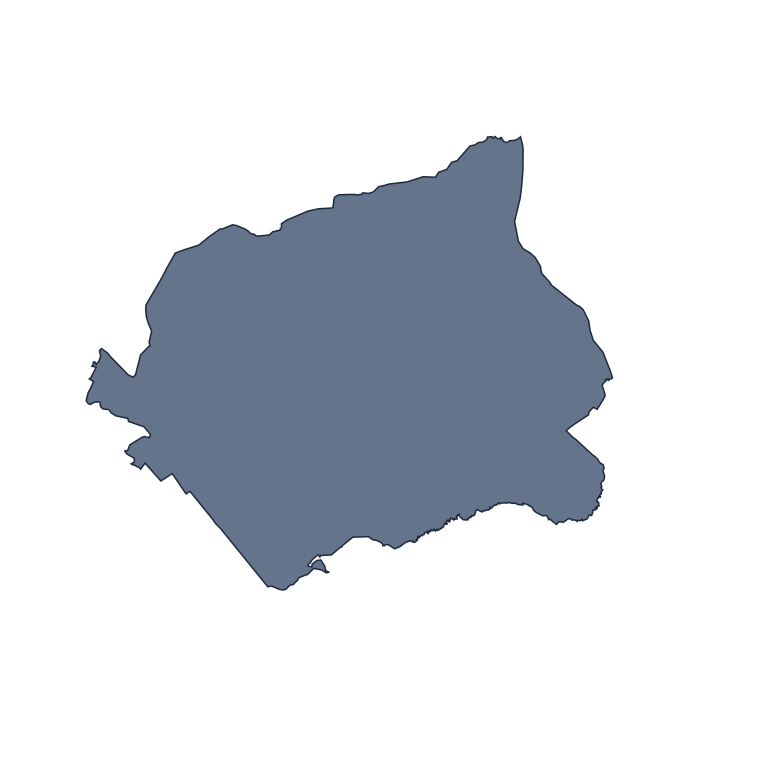 the district of Gaiķu pag., Brocenu, Latvia, rotated 55°
{"feature_id": "27541924B40393158953955", "entity_name": "Gaiķu pag.", "entity_type": "district", "adm_level": 2, "iso_a3": "LVA", "parent_name": "Latvia", "parent_adm1": "Brocenu", "projection": "mercator", "projection_center": [22.579, 56.793], "detail": "fine", "context": "isolated", "style": "filled", "palette": "slate", "viewbox_px": 768, "rotation_deg": 55, "n_neighbors": 0, "source": "geoboundaries", "source_scale": "gbopen_adm2", "svg_char_len": 6170}
<svg xmlns="http://www.w3.org/2000/svg" viewBox="0 0 768 768"><g transform="rotate(55 384 384)"><path d="M238.3,177.0L243.0,195.9L241.2,201.5L244.2,209.5L241.9,217.7L244.1,223.3L236.7,233.0L231.6,249.4L223.2,264.9L221.5,270.0L219.4,275.0L220.4,282.0L220.3,283.5L219.1,287.2L215.2,291.8L215.9,293.2L213.4,298.2L212.2,298.8L207.1,306.4L203.4,312.0L202.8,314.1L202.6,316.9L202.9,317.5L204.5,319.8L206.3,321.0L210.4,324.9L210.1,324.8L210.1,325.5L203.0,337.0L198.7,347.1L193.9,370.0L193.9,376.1L197.1,378.3L197.6,380.4L198.3,380.8L197.6,383.1L197.0,383.6L196.8,384.2L197.0,384.8L195.5,387.6L196.0,391.9L195.7,393.3L190.4,402.6L188.9,404.0L187.2,404.3L183.9,407.1L181.5,407.3L177.2,409.0L169.6,413.9L166.7,416.8L164.0,428.5L163.0,429.0L163.0,442.7L164.0,456.0L159.7,469.8L157.0,479.8L165.2,497.0L166.0,498.1L170.9,507.9L182.7,533.6L187.3,537.2L193.0,540.2L198.9,542.2L207.5,544.1L215.0,552.4L218.7,553.9L218.3,554.9L220.5,566.7L233.8,582.1L234.6,585.5L229.9,588.3L204.6,592.4L200.1,592.7L192.9,595.1L193.5,598.0L198.8,600.2L202.1,605.1L202.7,608.4L200.1,608.2L199.3,609.6L200.8,610.3L201.9,613.1L205.2,610.1L210.6,620.4L210.8,622.5L215.4,620.6L219.2,626.8L221.5,631.4L226.8,637.5L230.4,637.6L232.3,636.4L232.9,631.4L235.4,627.4L237.4,627.5L238.5,628.6L240.1,629.1L242.4,628.8L243.4,628.3L247.2,624.1L250.9,624.1L256.2,622.0L265.2,613.6L268.2,614.7L281.4,605.1L291.0,604.3L291.5,604.4L293.3,607.1L289.6,610.4L288.8,612.8L288.1,627.2L291.5,632.2L290.2,634.6L290.8,634.9L294.1,634.7L301.4,631.2L304.8,633.3L304.4,636.9L306.5,636.1L307.2,634.8L309.7,634.0L311.4,632.5L314.2,632.2L311.8,625.1L335.5,622.4L335.9,608.8L360.0,609.2L360.6,609.0L360.7,604.5L395.5,602.0L401.7,602.0L408.9,600.8L483.5,595.5L485.0,592.0L491.9,587.7L494.7,585.0L495.7,582.9L495.8,581.3L495.0,577.5L495.1,575.8L496.2,573.4L496.2,572.5L495.6,570.7L495.3,567.6L493.9,564.9L495.4,558.1L496.3,555.9L494.9,548.6L495.1,547.0L500.3,541.9L505.4,539.7L506.5,537.8L506.4,537.1L503.5,538.8L499.3,537.0L491.8,536.7L490.2,540.0L490.1,543.0L490.4,546.2L492.4,548.0L489.6,550.7L488.3,549.6L488.3,547.1L486.9,544.1L485.9,536.0L489.0,535.8L488.1,534.4L493.8,525.2L492.8,514.3L493.2,511.7L492.5,510.8L491.6,497.4L500.3,484.1L503.8,483.2L505.5,482.2L507.7,479.9L511.9,477.4L514.7,477.0L515.9,477.7L516.8,476.5L516.5,475.5L516.8,474.2L518.1,472.7L525.1,469.8L526.4,464.2L526.1,457.1L527.2,454.0L527.2,452.7L527.4,452.2L529.1,451.7L529.1,450.3L530.8,450.6L531.3,449.6L531.2,447.4L530.5,447.1L531.1,446.1L530.4,445.7L529.8,446.2L529.6,445.7L529.6,444.4L530.0,443.5L529.4,443.5L528.9,444.3L528.3,443.8L528.5,443.1L529.8,442.6L529.4,441.6L529.6,441.3L529.4,440.5L530.2,439.5L529.7,438.9L530.3,437.4L529.2,436.3L529.4,434.9L529.2,434.4L531.8,433.8L531.6,433.2L529.8,432.5L529.8,431.9L531.3,431.4L531.4,430.6L530.3,429.1L530.7,428.7L531.6,428.9L532.2,428.2L532.1,427.6L532.4,426.9L531.7,426.7L532.0,426.1L533.9,426.4L533.5,424.9L534.8,424.2L534.8,423.8L533.7,423.5L535.2,422.2L534.9,420.4L535.2,419.7L534.6,419.1L535.1,418.8L535.0,416.8L534.1,416.4L533.2,414.6L534.0,414.0L534.3,413.2L534.8,413.2L534.8,412.4L533.3,412.2L532.8,412.6L532.8,411.5L532.4,410.8L531.9,410.9L531.8,410.3L532.5,409.8L532.7,409.2L533.6,409.8L534.3,409.8L534.6,409.1L532.9,407.5L532.2,406.2L532.8,405.4L534.1,405.6L534.4,404.9L535.4,404.9L535.4,404.1L534.6,403.4L534.7,403.0L535.7,403.0L536.5,401.4L534.1,400.4L534.4,399.8L533.7,399.2L533.5,397.6L533.6,397.2L534.7,398.0L537.0,397.6L537.4,398.0L538.5,397.0L539.4,397.4L540.7,396.9L542.6,394.7L542.5,393.8L543.4,393.2L542.5,392.3L542.7,391.4L542.3,390.9L542.8,390.3L542.4,389.9L543.0,388.8L542.2,388.0L543.1,386.9L543.3,384.6L542.3,384.0L541.6,382.5L540.4,381.7L540.5,380.7L540.2,379.9L545.1,377.1L545.2,375.8L544.8,374.8L545.7,374.1L546.3,371.8L547.1,371.0L547.0,370.2L547.3,369.1L545.7,368.1L547.2,367.3L547.3,366.7L546.9,365.0L546.6,364.7L546.8,364.0L546.6,362.9L547.3,362.2L547.7,360.5L546.9,358.7L548.1,357.7L548.5,358.0L548.8,356.5L550.0,354.2L552.2,351.4L552.6,349.8L555.4,347.3L556.8,344.9L557.6,344.7L560.5,342.5L562.8,339.4L561.5,339.2L561.2,338.7L561.6,338.2L565.9,335.1L567.0,335.1L569.7,333.3L572.9,333.9L575.9,333.3L583.2,329.5L584.4,327.0L585.1,326.3L587.6,326.4L589.5,327.0L589.5,326.0L589.9,325.7L597.8,323.4L598.0,322.5L597.2,320.8L597.3,319.6L598.1,318.9L598.5,317.9L600.0,316.9L600.2,312.6L599.9,312.0L600.7,309.2L602.0,308.2L603.2,308.2L603.6,307.8L604.0,306.5L606.2,304.9L607.4,304.6L606.9,303.6L607.1,303.0L608.4,302.0L608.2,300.0L608.7,299.3L609.5,300.0L610.3,299.0L610.3,297.8L611.0,295.3L610.8,294.3L608.9,291.0L609.5,290.2L610.6,290.0L610.7,289.0L609.9,288.3L609.3,286.9L607.6,285.8L607.3,284.8L608.3,283.4L607.6,282.6L608.1,282.2L608.4,281.0L607.6,280.5L606.9,281.2L606.3,281.1L607.2,278.3L606.9,277.4L605.8,277.3L604.9,276.4L603.6,276.1L602.5,277.3L602.1,277.2L599.8,273.8L600.2,273.6L600.2,273.1L599.6,272.6L600.6,271.9L600.1,271.7L600.1,271.2L599.3,271.5L598.6,270.9L598.4,269.9L598.7,269.0L597.0,268.1L596.8,267.8L597.0,267.5L596.6,266.9L596.3,265.6L595.1,266.0L593.6,265.3L593.2,265.6L592.6,264.2L590.7,263.8L589.4,262.5L588.8,260.8L589.0,259.6L588.3,258.4L586.0,256.1L580.7,254.4L579.1,251.9L575.7,250.8L573.6,251.9L571.5,252.4L568.3,252.1L565.0,252.7L560.5,254.1L539.3,258.7L535.7,260.0L526.7,261.6L526.0,254.2L526.3,253.8L526.1,251.6L526.6,234.4L524.3,231.7L523.2,225.9L527.0,223.9L522.4,213.2L520.8,210.1L519.2,208.9L510.1,206.0L509.2,203.4L509.0,201.5L508.6,200.8L508.7,200.5L507.5,200.0L507.8,198.7L508.2,198.9L508.4,198.3L508.7,198.4L508.9,197.4L509.4,197.7L509.3,197.4L509.8,197.2L509.2,196.2L510.3,194.5L510.0,193.3L503.4,191.2L483.5,186.4L468.2,187.5L458.4,184.5L449.9,180.2L437.5,178.2L432.8,179.2L430.6,180.6L428.2,181.5L399.1,190.1L395.4,189.9L383.6,191.4L377.2,188.3L367.0,187.6L360.5,189.1L353.0,192.5L344.1,192.0L325.7,183.8L309.9,165.9L301.2,158.0L288.3,147.4L271.5,135.4L266.8,133.0L259.8,130.4L260.1,133.3L259.6,136.4L258.5,138.9L256.6,141.6L256.9,143.9L256.5,145.2L253.8,146.8L249.2,146.6L249.1,146.8L249.2,147.3L250.0,148.1L248.8,149.1L248.0,150.5L244.9,151.1L244.7,151.5L245.3,152.7L245.2,153.7L244.8,154.0L243.4,153.7L241.1,157.4L242.7,159.9L242.7,163.9L240.4,168.0L240.3,172.5L238.3,177.0Z" fill="#64748b" stroke="#1e293b" stroke-width="1.5"/></g></svg>